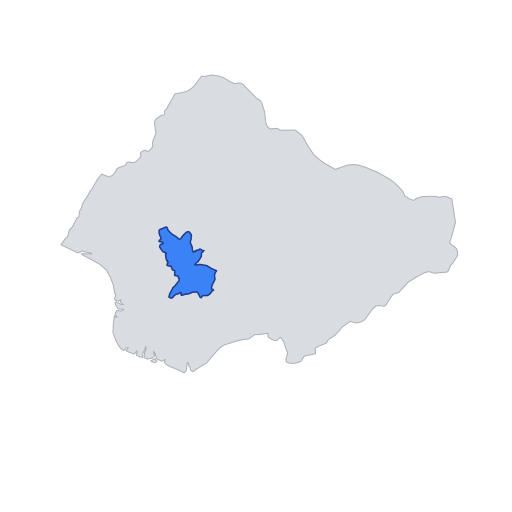 Nigeria, with Kogi highlighted, rotated 28°
{"feature_id": "NGA-2865", "entity_name": "Kogi", "entity_type": "State", "adm_level": 1, "iso_a3": "NGA", "parent_name": "Nigeria", "parent_adm1": "", "projection": "orthographic", "projection_center": [6.621, 7.634], "detail": "fine", "context": "in_parent", "style": "filled", "palette": "blue", "viewbox_px": 512, "rotation_deg": 28, "n_neighbors": 0, "source": "natural_earth", "source_scale": "10m", "svg_char_len": 6323}
<svg xmlns="http://www.w3.org/2000/svg" viewBox="0 0 512 512"><g transform="rotate(28 256 256)"><path d="M402.3,113.9L416.3,132.6L419.5,146.6L420.8,153.5L423.1,154.3L427.3,154.6L430.4,155.9L432.3,158.2L433.5,160.3L433.7,161.6L433.1,170.1L432.1,173.2L432.8,177.3L432.7,179.1L432.3,180.3L430.4,181.8L427.9,183.2L421.9,187.3L420.2,187.9L417.6,188.1L415.4,189.1L412.8,191.4L407.3,199.5L402.6,207.8L399.3,221.0L395.1,225.2L394.4,228.8L393.9,237.0L393.3,239.5L392.6,240.3L388.0,241.9L385.4,243.8L383.8,247.6L382.0,260.3L381.3,262.4L379.8,264.6L377.5,267.0L375.4,268.3L370.1,269.3L365.1,278.9L365.1,280.5L362.9,289.2L359.1,295.8L358.9,300.0L354.1,305.8L351.5,309.7L354.2,313.8L354.4,314.4L346.0,321.4L345.5,322.5L345.3,327.3L344.6,328.6L343.1,330.3L340.8,332.3L338.5,333.8L335.9,334.9L333.3,335.3L331.9,334.7L331.1,333.3L329.6,327.4L328.9,326.2L327.3,325.1L320.7,318.7L316.7,316.5L315.9,316.6L315.2,317.2L314.1,320.5L313.0,321.7L310.9,322.1L307.3,322.2L304.7,321.8L304.1,321.1L302.8,318.6L294.7,324.5L291.9,325.9L288.3,332.8L283.2,336.3L279.7,339.3L270.3,348.8L268.4,351.6L266.6,355.8L262.6,373.5L256.1,384.6L255.2,387.0L254.8,386.9L254.0,387.9L251.4,387.3L250.3,385.2L248.7,384.9L246.0,381.9L245.4,382.4L248.3,390.0L247.3,393.0L239.3,393.1L232.4,394.1L227.6,394.0L225.2,393.0L224.2,390.1L223.8,390.4L223.5,391.9L222.0,393.1L216.7,393.4L214.4,391.4L212.5,389.3L210.4,388.3L210.7,389.2L213.1,391.3L212.8,394.4L208.5,398.0L205.8,398.2L204.1,396.6L203.2,394.1L202.8,390.4L201.7,388.0L201.1,388.0L201.8,392.0L201.8,395.8L203.9,398.7L200.7,399.6L197.0,399.7L196.5,398.6L196.0,396.2L195.4,395.6L194.6,399.7L186.9,400.8L185.8,400.6L185.6,399.9L186.2,398.7L186.0,396.9L184.3,398.3L184.0,401.1L183.1,401.6L180.1,401.2L176.9,399.7L171.7,396.2L165.3,390.3L164.3,387.7L162.5,384.5L159.2,375.7L159.8,375.3L161.3,375.8L162.0,375.0L159.3,374.3L158.8,373.7L158.6,371.7L158.7,369.4L162.7,368.1L163.7,366.7L164.2,365.2L159.3,367.4L154.6,364.9L153.6,363.4L154.1,362.2L159.5,362.2L161.4,361.1L160.2,360.7L158.2,360.7L157.4,359.9L157.5,358.1L156.8,358.5L156.0,360.1L152.8,361.3L151.0,360.1L150.8,357.5L150.4,356.3L148.9,355.4L143.4,348.4L136.6,342.6L130.5,338.6L121.3,336.6L102.0,336.5L100.9,336.0L102.1,335.1L103.8,334.5L110.0,331.3L109.0,330.8L102.5,332.8L100.3,333.0L97.5,336.9L78.5,337.6L78.6,335.8L79.4,330.7L80.6,327.2L79.4,322.9L79.1,319.0L79.9,317.8L80.2,316.3L80.1,306.4L81.1,304.9L81.1,303.9L79.2,299.7L79.3,296.4L78.9,293.3L78.3,291.8L79.2,279.7L78.9,276.7L79.6,274.6L79.9,269.4L79.9,264.2L81.3,256.2L89.4,255.2L91.4,252.0L92.5,248.0L92.2,244.0L94.9,240.6L98.1,237.5L98.0,234.1L98.9,233.1L100.4,232.3L102.5,231.9L105.0,230.3L106.3,227.3L107.7,222.6L105.6,219.3L105.7,218.6L106.5,216.8L107.8,215.1L108.8,214.5L111.1,215.0L111.9,214.3L113.4,209.1L113.3,207.7L111.2,204.2L110.0,194.7L109.4,193.5L107.8,191.8L103.3,185.1L103.5,182.0L105.4,177.9L106.6,176.0L108.4,174.9L108.7,174.0L108.2,172.9L107.4,172.0L107.2,170.2L108.1,167.7L107.9,164.9L108.4,150.8L112.1,148.0L117.4,143.4L120.2,138.6L121.6,134.9L123.5,122.8L126.4,121.5L131.7,117.1L138.9,114.5L143.6,113.8L151.8,114.3L155.9,113.9L159.5,111.5L161.1,110.8L163.3,110.4L183.7,116.8L185.6,116.5L187.1,116.9L189.7,118.6L195.7,124.5L202.1,133.6L204.0,135.5L206.0,136.6L208.0,137.0L209.5,136.8L211.0,135.9L213.0,134.2L216.0,133.4L218.4,133.6L231.1,126.6L232.4,126.5L240.2,128.0L250.9,134.9L259.7,139.5L265.8,141.0L273.1,142.0L285.3,142.3L294.5,132.4L297.9,130.2L302.0,128.2L310.5,126.3L324.7,125.0L338.1,125.4L346.4,126.9L355.2,130.0L359.1,133.1L365.0,133.5L369.2,132.8L370.6,129.8L374.7,125.7L381.0,121.9L386.1,119.3L390.4,118.0L394.1,115.0L397.1,114.0L402.3,113.9ZM217.2,397.3L214.3,398.2L212.4,398.0L215.0,394.0L216.3,394.9L218.0,395.2L217.2,397.3Z" fill="#d9dde1" stroke="#a8b0b8" stroke-width="1"/><path d="M228.1,287.7L227.9,289.5L228.0,291.1L228.4,292.6L229.3,293.9L230.1,294.8L230.7,295.9L230.9,297.0L230.8,300.5L231.3,304.1L231.7,305.3L232.6,305.9L233.8,305.7L234.5,306.2L233.9,307.3L233.6,308.2L233.5,309.1L233.0,311.6L231.7,313.7L227.7,315.9L227.3,317.1L227.2,318.5L226.4,318.7L225.4,318.3L224.1,317.2L222.9,316.6L221.9,315.7L220.5,315.6L219.4,316.2L218.4,317.0L217.5,317.3L216.9,317.8L215.2,320.1L213.7,321.5L211.2,323.2L210.0,324.6L208.7,325.7L207.9,325.3L207.5,324.6L207.3,324.4L207.1,324.0L207.1,323.7L206.0,324.1L205.2,325.7L203.2,327.7L202.5,329.1L201.8,332.1L200.8,333.1L200.0,333.2L199.2,333.0L198.6,333.0L198.3,333.1L198.3,332.6L198.2,332.2L197.6,330.4L197.5,329.2L197.7,325.3L197.5,323.7L197.5,323.2L197.8,322.0L198.6,320.3L198.7,320.0L198.7,318.7L198.7,318.4L199.0,317.7L199.1,316.1L199.5,315.0L199.6,314.4L199.6,313.8L199.5,313.5L199.0,312.5L198.9,312.2L198.1,312.0L197.7,311.7L197.6,311.2L197.3,310.8L196.8,310.4L196.0,310.5L194.8,311.0L193.3,311.3L192.9,310.7L192.8,310.2L192.4,309.6L191.7,307.9L191.0,307.2L190.3,307.2L189.2,307.5L188.5,307.4L187.6,306.4L186.6,305.7L186.2,305.4L185.9,304.8L185.3,305.0L184.7,305.3L183.3,305.9L181.9,306.0L181.2,304.9L181.5,303.6L181.3,302.9L180.3,302.6L180.4,302.0L179.9,301.6L179.3,301.8L178.8,301.5L176.9,299.4L175.4,297.1L175.6,295.9L174.7,295.5L172.2,295.9L170.9,295.5L168.5,294.3L168.0,293.9L167.6,293.9L166.6,293.1L166.2,291.7L166.4,290.5L167.3,289.4L168.0,289.0L168.0,288.3L167.6,288.0L167.0,287.9L165.9,288.0L164.8,288.2L164.0,288.7L163.4,288.5L163.4,287.2L164.0,286.4L163.8,284.6L161.8,283.3L160.5,282.2L160.2,281.6L159.7,281.2L159.3,280.6L158.4,278.9L158.6,277.9L162.1,273.6L163.4,272.4L164.6,272.9L166.1,274.4L169.1,275.5L172.1,276.2L176.3,276.4L179.6,277.2L180.6,277.0L181.2,276.2L181.5,275.3L181.9,272.2L183.2,268.0L184.5,266.4L185.8,266.1L186.3,266.2L186.5,266.3L187.6,267.1L188.2,267.2L188.7,267.5L189.1,267.8L189.8,269.1L189.9,269.7L189.9,269.9L190.4,270.9L190.5,271.1L190.7,271.4L190.8,271.7L190.9,272.5L191.3,274.0L191.9,275.4L192.2,275.5L195.2,277.8L195.5,278.2L196.7,280.1L197.8,281.3L198.2,281.5L198.7,282.0L199.3,281.7L199.5,280.9L199.8,280.2L200.2,279.9L200.6,280.1L200.7,279.6L200.7,278.9L201.2,278.4L201.8,278.2L202.7,277.4L203.1,276.2L204.9,276.1L206.0,276.2L207.1,276.1L207.4,276.0L207.1,277.1L206.4,279.0L207.8,281.6L207.9,283.6L207.5,288.1L207.1,289.0L206.6,289.9L206.2,291.1L206.2,292.4L206.4,292.4L207.1,292.1L208.2,291.5L208.8,290.9L209.0,290.8L209.0,290.7L210.6,289.7L216.6,287.7L217.6,287.6L222.9,288.0L227.2,287.6L227.7,287.6L228.1,287.7Z" fill="#3b82f6" stroke="#1e3a8a" stroke-width="1.5"/></g></svg>